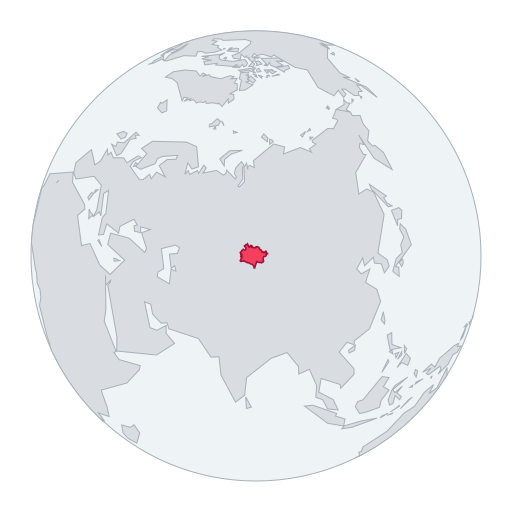 globe centered on East Kazakhstan
{"feature_id": "KAZ-3206", "entity_name": "East Kazakhstan", "entity_type": "Region", "adm_level": 1, "iso_a3": "KAZ", "parent_name": "Kazakhstan", "parent_adm1": "", "projection": "orthographic", "projection_center": [82.81, 48.617], "detail": "fine", "context": "on_globe", "style": "filled", "palette": "rose", "viewbox_px": 512, "rotation_deg": 0, "n_neighbors": 0, "source": "natural_earth", "source_scale": "10m", "svg_char_len": 15299}
<svg xmlns="http://www.w3.org/2000/svg" viewBox="0 0 512 512"><circle cx="256" cy="256" r="225" fill="#eef3f6" stroke="#a8b0b8"/><path d="M333.0,44.3L334.5,45.0L325.3,45.0L321.8,43.0L320.0,43.6L324.4,46.5L327.7,48.3L327.4,58.1L339.9,72.9L350.1,77.8L342.9,77.0L366.5,87.1L377.2,97.4L361.2,85.7L356.6,84.6L362.0,91.3L358.4,91.7L358.9,95.4L354.2,95.5L345.2,89.2L341.9,89.2L346.0,94.1L343.7,97.5L338.3,90.3L333.9,95.8L318.0,87.4L307.4,70.0L294.7,67.2L273.6,54.9L271.6,56.9L262.4,54.2L256.7,55.6L254.4,53.4L251.8,56.6L255.0,58.4L255.0,60.5L251.9,61.7L248.5,58.9L249.5,57.9L246.9,57.7L246.4,55.9L244.9,57.4L241.1,54.2L240.3,59.2L233.5,58.2L232.1,55.5L238.3,53.5L250.4,43.8L250.9,41.3L245.6,39.5L222.9,40.4L221.0,39.0L214.1,38.8L212.3,40.4L217.1,41.2L212.2,44.5L218.6,45.7L217.6,47.4L221.8,49.9L214.7,52.2L205.5,53.2L201.6,51.4L197.5,51.9L195.9,56.1L183.7,55.7L166.8,60.9L164.4,60.7L169.0,55.4L182.2,48.6L188.2,43.5L177.8,49.7L171.8,50.1L168.0,51.6L164.6,53.5L164.3,54.6L160.8,55.6L169.9,49.3L173.1,48.3L170.2,50.2L176.4,47.2L182.5,43.8L179.0,44.7L191.8,40.1L191.4,40.2L206.9,36.1L222.6,33.2L238.5,31.4L254.5,30.7L270.5,31.2L286.5,32.8L302.3,35.5L317.8,39.4L333.0,44.3ZM329.7,49.2L324.8,46.6L322.2,44.1L326.7,46.1L329.7,49.2ZM334.2,55.1L330.9,53.7L333.2,52.4L334.4,53.6L334.2,55.1ZM358.2,81.6L354.8,78.2L359.3,81.4L358.2,81.6ZM359.9,95.9L361.9,96.8L361.3,98.4L359.9,95.9ZM225.4,48.6L223.6,49.2L223.8,48.4L225.4,48.6ZM228.9,49.2L230.3,47.8L232.2,47.8L231.3,48.7L228.9,49.2ZM353.5,100.0L351.9,102.5L352.0,98.9L353.5,100.0ZM226.7,50.9L235.4,48.2L238.6,48.5L237.9,52.1L226.7,50.9ZM350.0,103.2L346.2,109.7L350.5,112.1L336.2,109.4L344.2,104.5L343.6,99.5L346.6,102.8L350.0,103.2ZM257.4,58.5L253.8,56.6L259.6,57.2L257.4,58.5ZM261.1,58.4L278.9,58.0L282.6,61.7L275.9,60.9L282.9,65.2L276.0,67.2L270.5,65.3L269.5,62.4L267.6,65.4L261.1,58.4ZM328.9,107.1L326.7,107.9L327.3,105.9L328.9,107.1ZM255.4,61.5L258.7,60.9L262.1,64.0L256.2,65.7L257.0,64.1L255.4,61.5ZM288.2,65.5L289.7,68.3L284.5,70.7L284.4,72.1L276.1,67.6L288.2,65.5ZM254.7,64.0L253.1,66.6L248.7,66.3L252.5,62.2L254.7,64.0ZM265.5,64.2L266.9,65.8L264.2,65.4L265.5,64.2ZM232.2,67.1L236.1,66.0L238.2,67.5L232.2,67.1ZM252.8,67.6L254.4,67.7L255.6,68.2L253.7,69.9L252.8,67.6ZM273.0,69.7L270.5,70.2L276.1,71.6L272.5,73.7L267.6,70.3L268.2,72.6L267.0,73.3L264.4,69.9L273.0,69.7ZM255.6,73.2L248.2,70.1L240.6,71.6L238.5,70.2L251.1,68.2L255.6,73.2ZM261.0,71.5L257.2,72.2L256.5,70.0L258.7,68.2L261.0,71.5ZM271.7,76.3L278.6,74.0L279.4,74.9L271.7,76.3ZM253.5,74.0L255.4,74.8L253.1,74.4L253.5,74.0ZM266.3,76.0L268.6,75.0L269.5,76.0L266.3,76.0ZM257.1,77.3L254.7,76.2L256.1,74.8L257.1,77.3ZM261.4,77.0L262.0,78.6L258.0,75.0L262.3,76.4L261.4,77.0ZM266.7,77.1L268.0,77.4L265.6,77.4L266.7,77.1ZM253.1,83.2L247.8,79.0L250.9,75.9L255.7,80.4L253.1,83.2ZM51.4,350.4L50.1,345.8L47.2,336.5L39.5,305.4L40.9,297.3L39.9,289.2L37.2,283.1L36.6,273.3L35.4,268.6L31.4,242.4L33.0,225.0L41.7,188.5L44.5,184.7L50.0,173.8L73.2,172.0L72.5,182.3L84.5,204.3L84.9,209.0L77.5,215.5L81.5,245.6L90.0,243.5L99.8,265.1L110.1,274.4L124.6,260.2L107.7,244.5L110.7,233.1L129.1,238.2L144.8,252.4L146.5,248.4L141.6,232.7L150.4,229.6L140.6,226.8L140.7,232.6L134.6,231.3L134.0,225.9L137.2,224.9L133.9,219.2L119.9,226.4L118.6,233.1L106.8,223.9L103.5,234.4L98.5,235.0L102.3,217.5L105.8,213.6L108.6,190.3L103.7,193.5L100.8,215.9L99.4,211.8L92.9,217.0L96.8,209.9L101.3,185.3L94.1,176.3L76.0,179.0L73.7,172.9L75.9,162.6L91.4,149.6L94.8,164.8L100.4,161.1L107.4,149.2L107.9,155.1L111.1,152.3L113.2,157.8L123.6,157.8L126.8,162.8L138.2,155.8L141.5,157.6L133.8,161.1L130.2,166.4L139.1,179.3L142.9,179.7L149.6,174.3L151.2,178.9L156.6,172.1L165.3,177.0L159.2,165.6L166.9,159.7L176.1,159.2L177.6,155.4L162.5,156.4L157.5,158.7L155.0,163.8L140.4,169.3L135.8,166.5L146.9,153.6L141.5,148.5L152.5,141.3L186.4,142.1L196.7,146.6L198.5,166.8L191.9,169.0L187.9,162.7L184.8,174.3L188.3,170.5L189.6,174.5L197.3,170.6L198.7,173.3L203.8,165.1L206.3,168.0L203.0,173.1L216.5,170.4L223.6,175.3L226.0,173.4L226.6,170.1L235.2,178.9L236.6,177.2L234.4,173.6L235.7,168.0L241.4,161.6L244.0,165.0L242.3,167.7L242.8,178.9L237.9,186.1L239.6,186.9L244.5,181.5L243.9,167.8L246.6,163.1L247.8,169.3L247.6,166.7L249.7,165.4L254.4,167.5L253.5,160.6L273.6,144.0L284.6,146.9L283.5,153.9L300.4,147.5L311.5,152.2L309.4,148.8L316.0,144.0L312.6,142.3L312.1,140.4L327.7,128.5L333.4,128.8L337.7,120.7L336.6,119.1L332.6,118.3L336.2,109.4L350.5,112.1L352.3,115.6L360.0,115.4L363.0,123.7L368.9,130.8L367.6,140.9L372.5,146.0L375.0,145.4L383.4,152.3L392.2,169.6L374.1,158.3L358.7,135.1L364.1,144.6L359.6,143.5L359.5,147.6L363.5,154.5L366.0,154.6L355.7,172.6L358.9,194.1L366.7,189.0L373.7,192.2L384.1,214.6L377.9,253.1L387.2,259.7L389.2,266.0L384.4,272.8L381.3,263.8L374.4,263.1L373.4,257.2L364.5,265.8L362.7,257.9L356.7,268.9L361.4,273.9L369.9,268.9L365.5,282.4L376.9,289.4L380.6,301.5L369.4,328.9L354.4,340.7L354.0,344.6L346.8,342.4L339.1,352.0L353.9,368.5L354.1,374.2L340.7,388.3L340.1,384.4L321.1,378.5L318.8,392.1L333.2,399.6L338.2,410.0L327.7,408.9L322.5,399.6L315.8,397.2L316.7,385.7L309.4,369.3L298.7,374.1L298.7,366.8L287.1,352.5L271.2,358.3L246.6,377.6L244.6,395.3L235.5,402.1L221.1,375.3L218.9,356.7L211.0,357.2L198.4,338.5L168.9,328.8L167.1,322.9L161.0,323.1L152.6,314.1L150.8,304.2L144.5,301.8L150.0,327.7L156.9,330.3L166.1,325.4L166.1,333.4L174.6,343.4L156.5,355.0L116.7,351.0L116.9,336.7L107.8,285.4L110.4,281.8L110.5,281.3L110.7,280.3L105.6,285.3L105.5,275.3L105.9,309.2L104.2,321.1L116.1,351.4L113.9,352.3L119.0,359.6L140.2,365.6L139.4,369.7L126.9,383.0L101.1,390.1L107.0,406.6L109.2,416.6L98.4,412.8L104.8,421.4L100.0,418.0L103.3,421.6L103.0,421.4L90.5,408.9L79.1,395.5L68.7,381.2L59.5,366.1L51.4,350.4ZM58.7,180.3L56.5,183.0L58.7,180.3ZM157.2,276.7L169.3,283.8L171.1,269.3L175.9,271.0L174.8,265.7L171.2,268.3L169.4,254.1L177.3,253.5L179.5,247.7L175.5,245.1L161.4,248.6L163.8,268.7L158.0,271.9L157.2,276.7ZM171.3,50.4L170.4,51.0L166.6,52.9L167.7,51.9L171.3,50.4ZM153.5,63.1L148.4,64.4L152.8,62.6L153.4,61.1L163.5,55.9L163.7,60.4L161.8,59.2L153.5,63.1ZM177.0,50.8L170.6,53.2L177.6,50.4L177.0,50.8ZM127.2,133.2L125.4,137.3L120.9,138.9L116.9,133.8L123.3,131.4L127.2,133.2ZM123.9,142.9L136.1,132.2L139.1,135.3L135.3,135.2L136.1,138.4L130.3,139.3L121.2,153.3L116.7,155.7L111.7,144.3L115.8,146.5L117.4,142.1L123.9,142.9ZM161.8,103.3L167.1,99.8L166.7,110.9L161.8,112.9L157.5,107.7L160.7,102.3L161.8,103.3ZM223.7,58.3L225.7,57.1L226.7,57.7L225.7,59.4L223.7,58.3ZM233.8,66.5L215.7,64.9L217.1,63.3L204.8,64.9L203.8,61.3L211.8,60.3L201.8,59.0L208.6,56.7L201.4,56.4L219.4,54.5L225.1,52.7L219.1,56.0L219.9,59.2L221.9,60.1L232.1,61.4L244.8,59.6L247.6,63.0L246.3,65.8L243.6,66.8L242.6,64.2L239.8,67.3L236.4,64.4L233.8,66.5ZM228.3,103.2L228.2,98.9L222.0,106.5L218.5,102.8L218.0,104.0L213.1,102.8L206.2,103.4L205.6,101.3L203.2,102.5L199.9,101.9L196.4,103.0L193.9,99.7L189.5,100.7L190.8,98.6L183.8,101.4L187.9,97.9L184.0,97.1L182.1,100.9L177.2,82.7L172.0,78.5L165.4,77.1L173.3,71.8L184.6,70.0L196.2,71.0L200.1,76.1L203.0,73.0L205.7,74.6L202.3,76.4L209.2,74.7L210.5,76.6L220.8,78.8L230.0,75.7L234.0,76.7L231.1,78.8L237.1,78.3L234.3,83.1L237.2,83.9L237.3,89.8L230.0,93.8L233.7,94.5L234.0,99.2L228.3,103.2ZM252.9,84.8L245.1,90.0L239.3,90.6L241.5,80.3L239.4,78.8L240.6,72.7L248.9,72.0L247.8,73.8L248.7,75.4L245.7,74.9L248.7,76.5L247.3,79.1L249.2,81.1L246.1,82.1L252.9,84.8ZM89.2,209.0L90.3,211.8L92.8,215.1L88.7,218.6L89.2,209.0ZM91.9,192.2L93.4,193.8L88.9,199.9L87.8,197.2L91.9,192.2ZM98.1,189.7L93.9,193.4L95.5,189.8L98.1,189.7ZM135.6,162.4L137.6,163.9L136.3,165.6L133.4,166.5L135.6,162.4ZM209.2,126.9L210.0,123.9L211.6,123.8L217.4,118.7L220.5,121.3L218.2,125.4L209.2,126.9ZM119.5,260.6L114.3,261.3L113.7,258.2L115.6,258.6L119.5,260.6ZM99.0,239.5L101.9,246.7L97.9,240.4L99.0,239.5ZM213.5,128.8L215.5,126.3L215.8,129.2L213.5,128.8ZM223.0,122.9L224.0,125.9L221.5,121.0L223.0,122.9ZM139.7,432.9L136.8,443.2L128.1,438.4L123.0,432.7L121.7,424.9L130.6,427.3L134.0,424.7L139.7,432.9ZM387.1,415.3L392.5,413.0L392.2,413.7L387.1,415.3ZM381.5,416.1L387.9,413.2L380.2,417.9L381.5,416.1ZM390.3,412.0L396.8,407.5L399.6,405.0L399.0,406.5L390.3,412.0ZM377.0,418.1L352.0,427.3L341.8,428.8L344.4,425.8L360.9,421.1L377.0,418.1ZM343.6,426.0L327.7,423.3L304.5,406.1L312.8,405.2L336.8,413.5L335.4,416.0L345.0,419.0L343.6,426.0ZM381.1,400.4L379.5,407.3L365.9,412.2L359.6,413.5L355.3,406.7L357.7,401.5L362.9,399.9L382.1,376.6L389.0,377.5L383.4,386.7L389.0,390.1L381.1,400.4ZM245.7,397.0L251.4,407.1L246.4,408.5L245.7,397.0ZM388.9,361.6L381.8,372.4L388.0,359.5L388.9,361.6ZM392.0,350.3L392.9,353.9L389.4,351.7L392.0,350.3ZM354.6,350.3L349.1,353.0L348.6,350.2L355.3,345.1L354.6,350.3ZM383.3,311.7L384.9,320.5L384.4,323.9L381.1,319.7L383.3,311.7ZM242.5,150.3L230.9,154.3L224.6,159.5L224.2,165.9L219.8,158.9L229.5,150.8L242.5,150.3ZM269.5,144.3L269.7,139.1L272.9,140.5L273.3,141.9L269.5,144.3ZM267.3,141.8L261.5,137.2L263.8,133.8L267.9,138.1L267.3,141.8ZM237.1,132.4L233.5,133.3L233.3,130.9L237.1,132.4ZM376.9,446.1L362.3,454.6L355.3,458.0L359.8,455.3L358.8,452.3L361.3,451.3L363.0,446.9L386.7,431.5L404.6,412.7L414.7,406.2L424.2,392.4L433.6,384.6L429.1,393.5L436.8,388.0L447.2,367.4L446.8,375.5L447.8,374.1L438.4,388.2L427.9,401.6L416.5,414.1L404.1,425.8L390.9,436.4L376.9,446.1ZM400.4,408.7L408.4,399.9L412.3,397.0L400.4,408.7ZM473.1,316.0L472.3,318.9L472.6,317.8L473.1,316.0ZM473.7,313.9L473.8,313.0L473.7,313.9L473.7,313.9ZM472.4,316.8L473.2,315.4L472.2,317.5L472.4,316.8ZM471.5,319.2L470.7,320.7L470.8,320.2L471.5,319.2ZM457.4,346.6L461.1,345.9L457.2,352.2L453.0,354.6L448.2,364.0L438.1,374.2L440.9,369.1L440.0,366.2L428.6,374.7L426.3,373.7L430.7,368.3L422.6,372.2L431.5,364.0L434.8,367.1L439.6,358.2L447.2,351.8L454.0,345.8L458.8,343.2L457.4,346.6ZM430.8,377.0L432.3,375.8L430.8,378.6L430.8,377.0ZM469.0,322.2L470.3,321.5L470.0,322.6L469.3,323.9L469.0,322.2ZM460.0,340.6L465.4,328.0L466.5,326.1L462.8,336.9L460.0,340.6ZM464.4,326.8L466.6,323.7L467.5,324.4L467.0,325.9L464.4,326.8ZM412.8,385.1L412.3,387.0L409.9,387.3L412.8,385.1ZM416.0,382.1L423.1,378.8L415.3,383.9L416.0,382.1ZM392.7,389.7L395.0,392.6L402.4,386.1L396.8,392.8L401.4,396.5L399.6,399.8L395.1,395.6L392.9,403.6L389.6,405.1L388.1,399.9L391.6,390.6L394.9,385.6L407.9,377.0L392.7,389.7ZM416.1,377.2L414.1,373.7L415.5,369.5L417.7,370.7L416.1,377.2ZM407.7,365.4L401.8,362.5L397.0,367.5L406.3,353.4L410.5,358.5L407.7,365.4ZM401.9,354.6L397.5,359.3L401.7,351.6L401.9,354.6ZM396.0,357.8L394.9,353.7L398.8,352.4L396.0,357.8ZM404.4,353.5L404.3,345.5L406.7,348.8L404.4,353.5ZM392.0,344.5L401.0,347.7L390.1,350.0L387.2,335.2L391.7,332.6L392.0,344.5ZM401.7,266.6L399.2,262.4L402.6,258.9L403.3,262.7L401.7,266.6ZM411.3,244.7L402.7,256.6L395.4,266.5L398.8,267.1L399.2,276.4L392.8,271.3L396.2,258.5L402.2,252.5L400.8,244.9L403.8,236.9L399.7,229.0L400.2,223.7L405.8,229.2L411.3,244.7ZM397.6,225.8L391.4,210.4L398.8,207.6L401.8,210.3L401.5,218.5L397.7,219.4L397.6,225.8ZM392.1,205.9L388.3,206.8L371.2,188.8L369.5,184.4L386.4,196.0L383.7,197.6L386.6,202.7L392.1,205.9ZM328.6,109.5L326.9,108.0L329.4,108.4L328.6,109.5ZM310.1,139.6L309.8,137.0L312.8,137.2L310.1,139.6ZM310.7,130.0L307.5,131.5L309.7,128.4L310.7,130.0ZM300.6,135.2L305.7,131.4L302.5,137.1L300.6,135.2Z" fill="#d9dde1" stroke="#a8b0b8" stroke-width="1"/><path d="M267.6,253.8L267.1,253.7L266.7,253.8L266.4,253.8L266.3,254.0L266.1,254.2L266.1,254.4L266.1,254.6L266.2,254.8L266.3,254.9L266.2,255.1L266.2,255.4L266.0,255.7L265.9,255.9L265.8,256.1L265.7,256.2L265.4,256.3L265.2,256.3L265.0,256.5L264.8,256.6L264.3,256.6L263.8,256.7L263.7,256.7L263.6,256.9L263.3,257.7L263.2,258.2L263.2,258.3L263.1,258.5L263.4,259.8L263.4,260.2L263.4,260.3L263.6,260.7L263.6,260.8L263.6,261.1L263.6,261.4L263.5,261.5L263.3,261.5L263.2,261.8L263.2,262.0L262.7,262.1L262.4,262.2L262.3,262.3L262.1,262.5L261.8,262.7L261.7,262.8L261.3,263.0L261.2,263.0L261.1,262.9L261.2,262.6L261.1,262.4L260.8,262.4L260.6,262.4L260.3,262.3L259.9,262.3L259.6,262.4L259.4,262.5L259.2,262.4L258.9,262.4L257.9,262.1L257.5,261.8L257.3,261.7L257.1,261.7L256.9,261.5L256.7,261.5L256.5,261.8L256.5,262.0L256.5,262.3L256.5,262.5L256.1,263.4L255.8,264.3L255.7,264.6L255.7,264.9L255.6,265.0L255.4,265.3L255.3,265.5L255.3,265.8L255.2,266.3L255.1,266.7L255.1,266.8L255.0,267.0L254.8,267.3L254.7,267.7L254.6,267.9L254.6,268.0L254.1,267.9L254.2,267.5L254.0,267.0L253.7,266.7L253.6,266.0L252.8,265.0L252.7,264.7L252.2,264.5L252.2,264.4L251.8,264.3L251.7,264.2L251.3,264.1L250.5,263.9L249.4,263.3L249.2,263.1L248.5,262.7L247.1,262.7L246.6,262.0L245.9,261.9L245.7,261.9L245.3,261.8L245.1,261.5L244.9,261.5L244.7,261.3L243.9,260.8L243.5,261.1L243.3,260.9L243.0,261.0L242.8,261.2L242.2,261.1L241.3,261.2L241.2,261.5L240.6,261.3L240.3,260.9L240.2,260.8L240.3,260.7L240.5,260.4L240.5,260.2L241.0,260.1L240.9,259.6L240.9,259.4L241.1,258.4L241.3,258.2L241.5,257.8L241.8,257.6L241.5,257.5L241.2,257.3L241.2,257.0L241.5,256.9L241.2,256.8L240.9,256.6L240.7,256.5L240.7,256.3L240.8,256.2L240.9,255.9L241.2,256.0L241.6,255.8L241.8,255.5L241.9,255.3L241.9,255.1L241.9,254.7L241.5,254.7L240.9,254.7L240.7,254.4L240.7,254.0L241.0,253.9L241.2,253.7L240.8,253.4L240.8,253.2L240.6,252.9L240.3,252.8L240.2,252.5L240.6,252.0L241.1,251.8L241.7,251.4L241.8,251.0L241.8,250.8L241.8,250.5L241.8,250.4L242.2,250.3L242.5,250.1L243.1,249.6L243.2,249.3L243.4,249.3L243.8,249.6L244.3,249.9L245.1,250.1L245.6,249.7L245.8,249.3L246.0,248.9L245.9,248.6L245.8,248.1L245.7,247.5L245.1,247.1L244.9,246.8L244.8,246.7L244.7,246.5L244.6,246.4L244.6,246.2L244.4,246.0L244.4,245.9L244.5,245.9L244.6,245.7L245.0,245.6L245.2,245.4L245.2,245.5L245.4,245.5L246.0,245.2L246.2,244.9L246.2,244.7L246.6,244.6L246.8,244.6L247.0,244.3L247.0,244.2L247.3,244.1L247.4,243.8L247.5,243.7L247.8,244.5L248.8,247.0L249.1,247.4L249.1,247.5L249.1,247.3L249.1,247.1L249.3,247.2L249.5,247.0L249.6,246.9L249.8,246.9L250.0,246.8L250.1,246.7L250.2,246.4L250.1,246.1L250.1,245.9L250.2,245.7L250.5,245.8L250.6,245.7L250.7,245.4L250.8,245.4L251.1,245.5L251.3,245.5L251.4,245.8L251.6,245.9L251.8,245.8L251.9,246.1L251.7,246.5L251.6,246.8L251.8,246.8L252.2,246.7L252.5,246.8L252.5,247.0L252.7,247.3L252.5,247.5L253.2,247.7L253.3,247.5L253.5,247.5L253.8,247.5L254.0,247.6L254.2,247.8L254.3,247.8L254.5,247.8L254.6,247.6L254.8,247.6L255.0,247.6L255.2,247.8L255.5,247.5L255.7,247.4L255.7,247.1L255.8,247.0L256.1,247.1L256.4,247.1L256.5,247.1L256.7,246.8L256.7,246.7L256.8,246.7L257.3,246.6L257.5,246.7L257.6,246.8L258.0,246.9L258.2,247.1L258.4,247.1L258.5,247.1L258.7,247.4L258.8,247.4L258.8,247.5L258.9,247.8L259.2,248.1L259.3,248.2L259.3,248.4L259.4,248.5L259.5,248.5L259.4,248.8L259.5,248.9L259.6,249.2L259.6,249.4L259.6,249.5L259.8,249.6L260.1,249.6L260.3,249.7L260.3,249.8L260.6,249.8L260.8,250.0L261.0,250.0L261.3,250.1L261.5,250.2L261.6,250.4L261.6,250.5L261.4,250.5L261.4,250.8L261.5,250.9L261.7,251.0L261.8,251.3L262.0,251.5L262.1,251.9L262.1,252.1L262.3,252.1L262.6,252.0L262.8,252.1L263.1,251.9L263.2,252.0L263.3,252.1L263.5,252.1L263.8,252.1L264.0,252.1L264.0,252.4L264.3,252.2L264.4,252.3L264.5,252.4L264.6,252.5L264.7,252.4L264.8,252.0L265.0,251.9L265.3,251.7L265.4,251.4L265.5,251.3L265.6,251.2L265.8,251.2L266.0,251.2L266.0,251.3L266.1,251.5L265.8,251.6L265.6,251.9L265.7,252.0L265.8,252.1L266.0,252.1L266.2,252.4L266.2,252.5L266.3,252.5L266.5,252.7L266.5,252.8L266.8,253.1L266.9,253.3L267.2,253.2L267.4,253.4L267.5,253.4L267.6,253.7L267.6,253.8Z" fill="#f43f5e" stroke="#9f1239" stroke-width="1.5"/></svg>